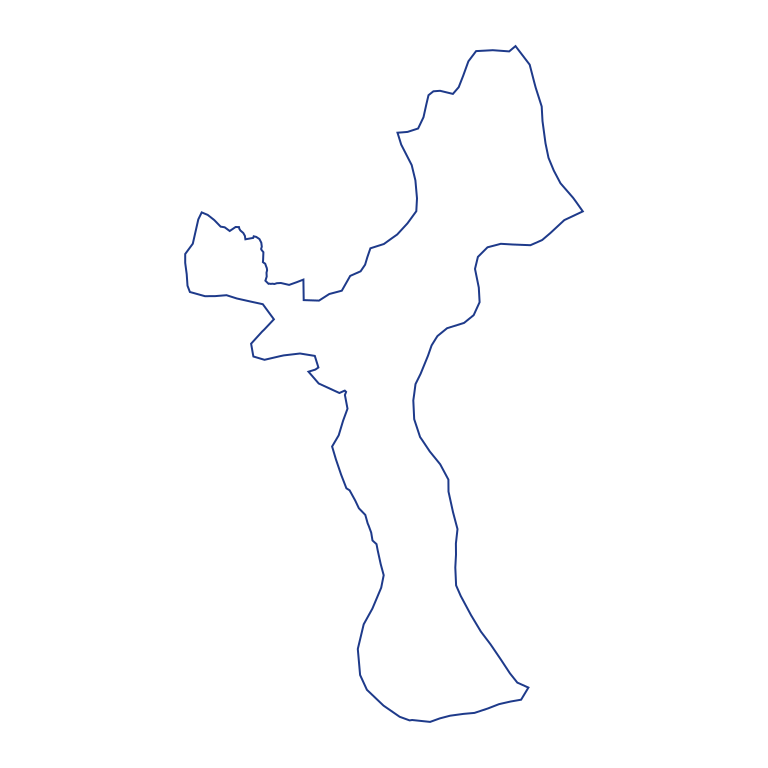 outline of Ughelli North, Delta, Nigeria
{"feature_id": "59680162B70966513794539", "entity_name": "Ughelli North", "entity_type": "district", "adm_level": 2, "iso_a3": "NGA", "parent_name": "Nigeria", "parent_adm1": "Delta", "projection": "robinson", "projection_center": [6.018, 5.482], "detail": "fine", "context": "isolated", "style": "outline", "palette": "blue", "viewbox_px": 768, "rotation_deg": 0, "n_neighbors": 0, "source": "geoboundaries", "source_scale": "gbopen_adm2", "svg_char_len": 2717}
<svg xmlns="http://www.w3.org/2000/svg" viewBox="0 0 768 768"><path d="M430.1,721.9L439.8,718.4L450.1,715.7L463.4,713.9L474.5,712.9L487.8,708.5L498.9,704.2L501.4,703.6L510.7,701.5L521.1,699.7L528.4,687.6L517.3,682.6L509.9,673.3L500.9,659.6L490.5,644.3L480.9,631.6L471.0,615.1L468.8,611.0L460.7,595.9L456.1,585.4L455.3,567.5L456.0,554.6L455.9,543.5L457.5,529.1L455.5,521.6L453.0,512.1L448.5,491.6L448.4,479.6L440.2,464.3L429.8,451.5L423.2,441.6L420.9,438.2L420.1,437.1L414.2,419.2L413.3,400.4L414.2,394.0L415.5,384.1L420.6,373.8L428.0,355.7L431.6,345.4L436.0,338.3L437.5,336.0L447.1,328.2L464.1,322.9L473.7,315.1L479.6,302.2L478.8,287.6L475.0,268.9L477.9,256.9L487.5,247.3L497.5,244.7L500.8,243.8L512.6,244.5L530.4,245.2L535.7,242.9L542.2,240.0L550.3,233.1L564.3,220.1L582.8,211.4L576.1,201.9L573.1,197.8L560.5,183.3L553.8,170.6L548.5,157.8L545.5,143.3L542.5,121.1L541.7,106.5L535.7,87.7L534.2,82.1L529.7,64.7L515.5,46.1L509.2,51.4L492.8,50.2L476.1,51.1L468.4,61.3L463.2,75.7L458.7,87.2L452.9,93.9L440.1,90.8L433.4,91.3L428.5,95.2L426.4,104.1L423.5,117.2L418.1,128.5L407.6,131.9L403.0,132.3L397.5,132.7L401.2,144.6L411.7,165.1L415.4,180.4L417.0,198.4L416.9,200.2L416.3,211.2L407.5,223.3L397.2,234.5L391.8,238.3L383.9,244.0L370.4,248.3L367.3,257.3L365.1,264.7L360.6,271.3L350.2,275.9L341.8,290.7L329.3,294.0L319.0,300.6L303.7,300.1L303.4,279.6L296.7,282.2L289.1,284.9L280.9,283.0L276.9,283.2L274.4,284.0L272.5,283.7L270.7,283.9L269.1,283.6L268.5,283.8L265.4,280.7L266.7,276.6L266.5,272.7L267.1,270.2L266.8,268.1L266.1,266.3L265.2,263.7L264.1,263.0L262.9,262.1L263.1,260.0L263.4,252.2L261.6,250.0L261.1,249.0L261.8,246.7L261.3,242.7L259.4,239.0L256.2,236.9L253.7,236.3L253.2,237.9L245.4,239.3L244.9,235.9L243.3,233.0L240.4,230.5L239.3,228.7L239.0,227.1L235.6,227.0L229.7,231.0L224.7,227.3L221.1,226.7L220.7,226.7L214.3,220.1L207.7,214.9L201.7,212.4L198.3,219.4L192.8,243.7L185.2,254.0L185.2,262.9L186.1,269.7L186.7,274.1L187.5,285.7L189.9,292.0L193.2,292.9L205.0,296.2L215.4,296.1L226.5,295.2L236.9,298.5L251.7,301.8L262.8,304.2L273.9,319.3L264.2,329.6L262.1,331.6L251.1,343.7L253.0,354.5L253.4,356.5L264.5,359.8L280.4,356.1L283.7,355.4L300.0,353.5L314.8,355.9L318.4,367.5L315.3,369.6L308.5,371.7L318.7,383.5L339.4,393.0L344.7,390.6L344.8,390.6L345.0,390.8L346.1,391.9L344.9,395.0L345.3,397.0L347.5,408.7L343.1,420.7L338.7,435.3L332.1,446.5L335.9,459.3L341.1,474.6L346.4,488.3L349.6,490.3L355.2,500.5L358.9,508.3L365.3,514.9L367.7,523.5L368.7,525.8L371.2,532.6L372.5,540.5L376.5,544.1L377.7,550.4L380.7,564.1L383.7,575.2L381.2,587.7L372.4,608.6L363.7,624.3L357.8,649.0L358.6,658.0L360.1,675.0L366.9,689.8L383.5,705.6L399.7,716.8L409.6,720.4L412.1,720.0L430.1,721.9Z" fill="none" stroke="#1e3a8a" stroke-width="2"/></svg>